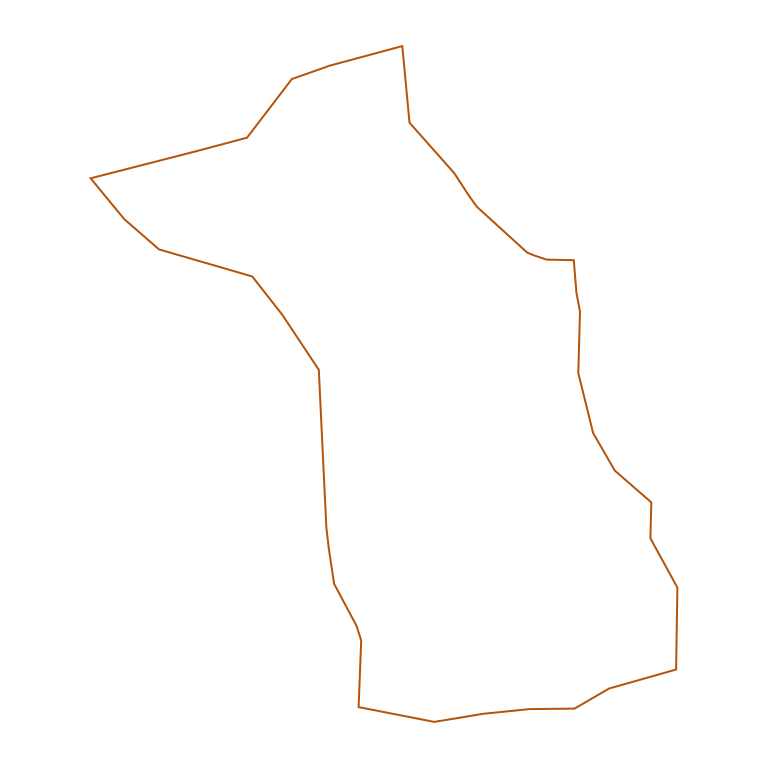 O'lziit, Övörhangay, Mongolia
{"feature_id": "93677404B71645043055089", "entity_name": "O'lziit", "entity_type": "district", "adm_level": 2, "iso_a3": "MNG", "parent_name": "Mongolia", "parent_adm1": "Övörhangay", "projection": "mercator", "projection_center": [103.414, 46.516], "detail": "fine", "context": "isolated", "style": "outline", "palette": "amber", "viewbox_px": 768, "rotation_deg": 0, "n_neighbors": 0, "source": "geoboundaries", "source_scale": "gbopen_adm2", "svg_char_len": 638}
<svg xmlns="http://www.w3.org/2000/svg" viewBox="0 0 768 768"><path d="M676.1,669.5L677.4,587.6L650.4,538.3L651.3,502.4L614.8,470.6L593.1,433.0L578.3,373.0L580.0,311.7L576.4,292.4L573.8,260.4L573.8,260.2L546.5,259.6L533.8,255.3L527.1,252.5L476.9,206.8L468.6,195.2L454.2,173.1L409.5,122.7L402.3,46.1L402.2,46.1L329.9,65.6L291.9,79.0L247.0,137.7L197.4,150.9L90.6,178.3L124.4,219.3L159.0,249.4L252.3,276.5L282.5,315.1L318.8,369.8L323.5,468.2L326.4,527.9L328.9,549.2L334.1,583.8L356.5,625.8L361.2,640.5L358.6,707.1L434.2,721.9L483.1,713.8L529.3,709.1L574.5,708.6L609.1,688.5L676.1,669.5Z" fill="none" stroke="#b45309" stroke-width="2"/></svg>